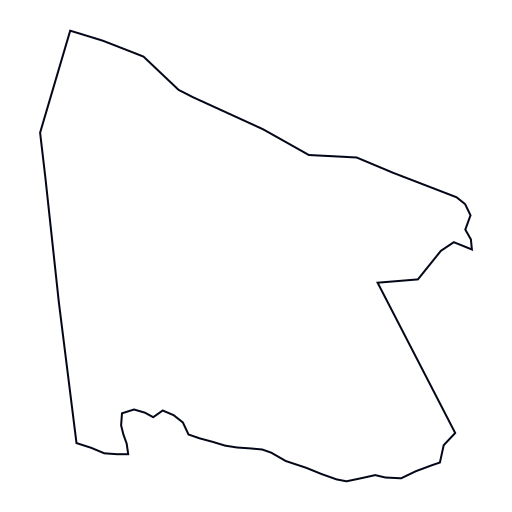 Cacimba de Dentro, Paraíba, Brazil
{"feature_id": "56859067B66025103002424", "entity_name": "Cacimba de Dentro", "entity_type": "district", "adm_level": 2, "iso_a3": "BRA", "parent_name": "Brazil", "parent_adm1": "Paraíba", "projection": "mercator", "projection_center": [-35.805, -6.618], "detail": "fine", "context": "isolated", "style": "outline", "palette": "ink", "viewbox_px": 512, "rotation_deg": 0, "n_neighbors": 0, "source": "geoboundaries", "source_scale": "gbopen_adm2", "svg_char_len": 844}
<svg xmlns="http://www.w3.org/2000/svg" viewBox="0 0 512 512"><path d="M70.2,30.7L56.0,78.8L40.1,132.7L45.4,177.9L58.8,301.9L76.5,443.1L90.9,447.7L104.3,453.3L116.8,454.2L128.2,454.2L126.7,443.7L123.4,434.5L121.1,425.3L122.0,413.3L134.0,409.5L145.0,412.7L153.2,417.2L162.7,410.5L173.7,415.2L182.9,422.5L188.5,434.5L199.5,438.3L212.5,441.8L225.0,445.6L237.0,447.5L250.2,448.4L262.2,449.5L271.3,452.7L285.7,461.0L306.2,467.8L321.7,474.1L336.6,479.4L346.5,481.3L360.8,478.3L375.2,475.1L385.3,477.5L401.1,478.3L416.1,471.1L431.7,465.3L439.9,462.5L443.7,445.2L455.2,433.0L377.6,282.7L417.9,279.4L440.9,250.8L453.8,242.2L471.9,249.5L470.9,239.4L465.3,229.6L470.5,215.3L465.1,204.1L456.6,197.3L393.3,172.9L356.6,157.5L308.8,155.0L263.1,129.3L192.9,97.2L178.6,89.9L143.5,56.6L102.8,40.7L70.2,30.7Z" fill="none" stroke="#020617" stroke-width="2"/></svg>